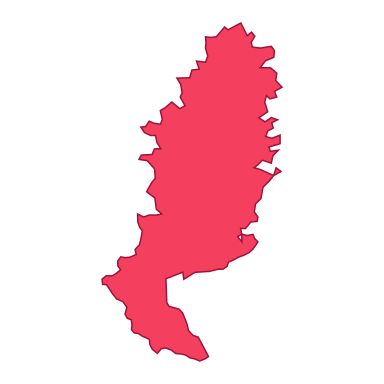 outline of Vila Lângaro, Rio Grande do Sul, Brazil
{"feature_id": "56859067B11658181648524", "entity_name": "Vila Lângaro", "entity_type": "district", "adm_level": 2, "iso_a3": "BRA", "parent_name": "Brazil", "parent_adm1": "Rio Grande do Sul", "projection": "albers", "projection_center": [-52.143, -28.132], "detail": "fine", "context": "isolated", "style": "filled", "palette": "rose", "viewbox_px": 384, "rotation_deg": 0, "n_neighbors": 0, "source": "geoboundaries", "source_scale": "gbopen_adm2", "svg_char_len": 2389}
<svg xmlns="http://www.w3.org/2000/svg" viewBox="0 0 384 384"><path d="M241.7,234.1L240.6,228.4L245.4,228.6L248.2,225.3L250.7,222.0L257.1,221.4L257.9,217.0L254.3,211.8L255.6,203.8L260.9,198.7L263.0,187.2L269.3,181.0L273.7,175.5L260.5,169.6L254.0,167.6L257.5,165.2L262.4,160.2L271.3,163.2L272.9,155.7L278.4,150.2L270.4,151.3L268.9,147.0L280.1,143.7L280.1,135.1L271.9,138.3L265.6,136.5L267.9,130.8L273.2,128.1L271.8,122.7L277.6,119.8L271.3,117.6L265.1,121.8L258.8,117.8L267.7,111.8L264.7,102.2L266.4,95.6L270.0,98.9L276.7,97.0L274.5,91.4L282.0,87.2L275.7,80.5L276.8,73.2L270.6,67.8L260.1,67.7L265.5,60.8L273.8,57.3L274.4,50.6L271.3,46.3L260.4,48.1L252.3,47.0L251.2,42.4L254.8,36.2L251.5,32.1L247.2,35.7L240.8,23.0L228.0,29.8L224.6,27.0L216.3,36.8L210.5,37.4L205.5,36.8L206.0,42.9L205.5,48.1L207.7,56.1L205.6,62.2L196.5,61.1L199.2,69.2L191.9,70.0L189.7,77.8L176.9,78.1L180.7,84.3L182.1,92.9L180.2,97.0L185.0,105.8L179.8,108.7L171.8,102.0L165.4,107.5L160.3,110.6L162.3,119.5L160.4,124.2L153.6,123.1L149.2,121.2L145.6,126.5L140.8,127.1L144.5,132.6L150.7,135.5L155.5,135.5L157.0,142.7L160.8,148.7L154.4,148.9L152.1,154.5L141.3,155.1L139.0,159.4L147.3,160.7L154.5,168.8L155.3,178.2L151.5,182.9L148.8,187.7L146.6,191.8L154.9,198.0L156.3,209.2L161.8,214.0L157.1,215.0L149.3,215.0L143.7,217.0L137.6,214.0L137.8,222.0L139.7,227.2L142.3,230.9L141.0,238.2L139.5,244.7L135.1,249.4L136.2,254.5L129.9,257.2L125.2,257.6L120.7,256.9L117.6,261.2L118.0,266.2L120.6,269.8L116.2,273.4L112.3,275.8L106.2,275.8L102.0,279.2L102.6,284.4L106.5,284.7L108.9,288.2L112.4,293.7L116.7,299.0L122.8,301.5L126.9,307.3L125.0,314.2L127.4,318.4L131.3,319.8L132.0,325.1L131.5,329.6L134.3,333.0L138.3,333.5L142.5,336.3L149.3,339.2L149.9,344.6L152.3,349.3L157.4,353.4L161.2,348.8L165.3,347.9L171.2,350.0L175.9,353.6L180.7,353.9L185.7,355.1L190.1,357.9L194.8,358.9L199.7,361.0L205.2,358.8L208.5,356.5L198.2,337.1L193.1,335.4L188.5,330.6L186.8,323.5L184.2,316.9L182.6,312.9L179.0,309.1L172.9,307.4L169.1,306.4L166.8,302.6L166.1,283.3L165.9,278.7L182.8,272.2L183.8,279.3L195.0,272.3L209.4,271.4L217.8,269.3L223.3,269.1L227.1,266.2L228.5,262.1L233.4,260.0L239.1,256.9L243.6,255.4L249.1,252.6L253.0,249.0L255.6,245.4L257.9,241.9L254.7,238.5L253.0,234.4L247.0,235.5L241.7,234.1ZM241.7,234.1L241.9,241.8L237.7,236.8L241.7,234.1ZM281.1,171.5L276.1,167.8L273.7,175.5L281.1,171.5Z" fill="#f43f5e" stroke="#9f1239" stroke-width="1.5"/></svg>